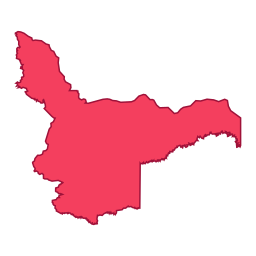 Orellana, Orellana, Ecuador
{"feature_id": "8360857B2632512841058", "entity_name": "Orellana", "entity_type": "district", "adm_level": 2, "iso_a3": "ECU", "parent_name": "Ecuador", "parent_adm1": "Orellana", "projection": "mercator", "projection_center": [-76.797, -0.605], "detail": "fine", "context": "isolated", "style": "filled", "palette": "rose", "viewbox_px": 256, "rotation_deg": 0, "n_neighbors": 0, "source": "geoboundaries", "source_scale": "gbopen_adm2", "svg_char_len": 5766}
<svg xmlns="http://www.w3.org/2000/svg" viewBox="0 0 256 256"><path d="M240.6,117.9L230.7,110.7L228.4,106.3L227.4,100.5L224.7,99.3L218.7,101.6L213.7,99.9L207.0,99.2L200.7,101.0L195.8,100.7L190.6,105.9L183.4,107.4L180.7,109.2L177.7,112.8L174.3,113.5L168.1,107.5L159.7,107.8L156.5,105.0L153.8,100.2L152.6,99.6L150.0,99.6L145.6,94.9L143.5,94.5L138.9,96.1L134.6,100.5L131.4,101.8L120.7,102.3L116.5,100.9L112.6,100.5L109.8,99.3L107.2,98.9L103.0,99.3L88.3,103.3L85.3,103.0L86.2,102.1L85.6,99.9L84.9,99.3L83.5,99.0L81.6,99.9L79.2,98.6L78.6,97.1L78.9,93.8L77.8,92.5L77.9,91.3L77.3,91.4L77.0,90.6L69.4,90.6L70.9,87.7L70.6,84.6L65.5,81.8L64.1,79.2L64.3,76.7L59.5,71.4L58.2,62.7L58.7,57.9L56.1,56.2L53.7,51.4L51.3,50.4L49.5,47.0L49.0,44.8L46.0,44.0L41.5,40.8L35.5,40.1L32.9,40.5L32.1,39.7L31.8,38.0L28.2,36.3L24.1,33.3L20.8,32.0L18.0,31.6L15.4,33.1L15.4,33.9L16.5,33.8L16.8,34.7L16.0,35.7L17.2,36.9L17.5,39.4L18.8,41.3L18.7,44.7L20.1,47.0L19.5,47.6L19.3,47.2L17.7,47.5L16.9,48.5L16.8,49.5L17.5,50.6L16.8,50.9L17.0,52.8L17.5,53.2L16.3,55.0L16.8,56.0L16.5,58.4L19.8,59.6L19.6,60.2L20.4,60.7L20.1,61.2L21.5,64.6L23.0,64.6L22.2,65.9L22.3,67.5L21.0,66.8L20.6,68.4L22.0,68.8L23.7,70.3L22.8,72.8L23.6,74.4L23.7,76.4L22.6,77.2L22.0,77.0L21.5,77.7L21.9,79.3L20.4,80.4L20.7,81.8L20.2,82.3L18.5,82.8L17.5,82.0L16.0,83.2L17.0,83.4L17.6,84.8L16.7,86.1L17.9,85.8L19.4,86.5L18.3,87.6L19.9,87.3L21.5,88.3L23.0,87.3L26.5,88.5L26.7,89.8L27.7,91.0L26.2,91.8L24.7,91.5L25.6,92.2L26.5,94.3L31.8,98.3L33.5,98.6L34.5,99.6L34.9,98.9L35.3,99.8L36.3,99.7L36.5,101.1L37.0,100.5L36.6,100.0L37.2,99.6L38.1,101.1L40.6,102.2L40.9,103.0L42.4,103.0L43.1,102.7L43.0,100.2L43.6,99.7L45.2,104.4L45.5,107.2L44.2,108.5L51.7,116.2L53.9,118.0L55.1,118.1L53.4,121.7L50.9,123.4L51.2,126.6L49.2,129.2L45.5,141.2L46.6,143.6L48.2,144.4L47.4,149.0L45.8,150.6L43.3,151.1L42.5,154.1L40.1,155.3L37.6,155.3L35.0,158.5L34.4,161.0L32.7,162.2L32.6,162.8L33.8,166.6L35.1,168.3L34.9,169.8L34.1,170.9L34.8,171.6L36.4,171.0L37.3,171.5L38.2,172.3L38.3,173.4L39.8,174.4L42.0,173.4L43.4,174.6L43.5,178.3L44.8,178.9L47.7,179.0L48.5,179.9L52.0,181.1L58.3,180.4L62.9,182.5L62.5,183.1L61.6,183.1L60.7,184.5L60.2,184.2L59.0,185.1L58.4,187.1L55.7,188.0L55.6,191.2L56.2,191.8L57.7,192.2L58.5,193.6L60.7,193.6L62.5,194.4L59.1,195.5L58.8,196.7L59.4,197.5L57.4,197.7L56.2,199.6L52.4,200.4L52.3,202.5L53.0,202.9L53.0,204.0L54.0,205.3L55.3,205.8L55.0,208.1L56.5,209.7L56.3,210.9L61.0,213.5L61.4,213.2L62.3,213.9L62.7,213.0L64.4,213.4L64.9,212.8L65.8,213.1L67.1,212.7L67.5,213.4L68.2,212.9L68.3,213.4L69.6,212.9L70.5,213.3L71.3,214.5L72.4,214.1L72.6,214.7L73.4,214.6L73.4,215.4L75.0,216.7L75.8,216.4L75.9,217.3L77.6,217.0L77.7,217.4L78.6,217.2L78.5,217.7L79.7,216.9L79.9,217.4L80.4,217.0L80.4,217.5L81.1,217.1L81.2,217.7L81.8,216.8L83.1,218.2L86.0,218.2L85.8,218.8L87.0,219.0L87.0,220.0L87.7,220.0L87.4,220.3L87.9,220.9L88.3,220.6L88.7,221.6L89.6,221.5L89.2,222.4L90.0,222.4L89.9,223.0L90.2,222.6L91.4,223.6L92.2,223.1L92.1,224.0L93.7,224.4L94.6,223.5L95.0,224.1L96.1,223.3L96.7,223.9L97.3,223.7L97.0,222.0L97.6,220.9L96.9,219.2L97.5,215.3L98.6,215.6L99.7,215.0L102.2,215.4L104.0,213.6L105.8,212.9L105.9,212.1L106.1,212.8L107.0,212.9L107.2,212.0L107.9,212.2L108.0,211.8L108.2,212.7L108.8,212.2L109.2,213.4L109.4,212.9L110.1,213.3L110.2,212.8L110.7,213.4L111.0,212.5L111.5,213.6L112.7,213.2L113.5,213.8L113.8,213.3L113.9,214.0L114.3,213.4L114.2,214.1L115.1,213.9L115.3,214.5L116.4,212.9L116.5,210.6L122.2,209.7L123.4,208.2L125.7,208.1L128.2,206.1L128.8,206.8L131.2,206.5L132.3,207.4L134.2,207.9L134.7,207.5L135.1,208.5L136.0,208.2L136.7,208.8L137.8,208.1L137.9,208.5L138.4,208.0L139.0,208.2L139.3,207.7L139.8,207.9L140.2,163.4L140.6,164.0L142.5,163.1L142.8,163.6L143.4,162.8L143.4,163.4L143.8,163.0L145.1,163.7L146.5,161.8L147.4,162.8L148.2,162.7L148.5,161.8L149.1,162.1L149.6,161.3L151.2,161.7L151.5,161.3L150.8,160.9L151.4,160.3L152.5,160.4L152.7,161.4L153.4,160.7L153.3,161.2L155.2,160.9L156.0,161.8L156.7,161.5L157.3,160.3L158.1,161.2L158.4,160.1L159.9,161.1L159.8,160.4L160.2,160.6L160.4,159.8L161.1,159.8L161.6,159.1L162.6,159.6L162.5,158.9L163.6,159.4L164.0,158.7L164.7,158.5L164.7,158.9L165.1,158.2L165.8,158.3L165.5,158.0L166.4,157.5L166.1,156.2L167.4,155.9L167.0,155.3L167.7,155.4L168.3,153.6L169.3,153.4L168.9,152.8L169.8,152.6L169.8,151.5L172.1,151.9L172.4,150.9L172.9,151.3L173.2,149.9L174.4,150.0L175.2,148.1L177.2,147.4L177.0,146.5L177.6,146.7L178.2,145.9L180.0,145.3L180.8,147.0L181.8,146.1L181.9,147.2L182.6,147.8L183.2,145.7L184.9,145.0L185.2,145.6L184.7,146.1L185.9,147.3L187.5,146.4L187.0,144.9L189.3,144.8L188.9,143.2L189.6,143.5L189.4,144.3L190.1,143.9L190.4,145.3L191.7,144.6L191.0,144.4L192.1,143.1L192.8,143.2L192.5,144.1L193.7,144.7L193.8,143.6L196.3,140.5L197.9,140.6L196.9,139.2L197.8,136.4L199.3,137.7L200.1,136.2L201.8,138.2L203.5,138.7L203.5,137.1L205.3,136.4L204.5,135.8L205.4,134.6L205.7,134.8L205.3,135.8L206.7,135.8L207.4,134.9L209.3,134.8L210.1,132.3L211.1,132.3L211.1,133.4L212.6,134.1L215.2,133.8L215.3,134.6L216.5,134.9L216.5,136.0L218.4,134.9L218.1,134.1L216.8,134.3L216.6,133.5L219.3,133.1L219.7,133.9L220.3,134.0L220.2,133.1L221.6,132.6L221.3,131.6L222.1,131.1L222.9,133.3L223.8,132.7L226.0,133.1L225.5,131.5L226.2,131.7L227.0,132.8L227.6,132.7L226.7,133.7L227.5,134.6L227.6,136.4L228.3,136.2L228.0,135.0L229.0,134.7L229.1,132.4L229.7,132.3L230.5,134.4L229.8,134.4L229.8,135.3L231.6,134.5L232.4,133.5L232.0,134.8L232.8,135.2L232.5,136.4L234.4,135.3L234.2,136.8L235.8,136.7L235.8,138.2L237.1,138.9L237.3,140.0L236.4,140.1L237.1,140.8L235.4,141.5L235.7,142.1L236.6,142.0L236.8,143.6L238.0,143.2L237.1,144.5L236.5,144.0L236.8,147.2L237.5,147.0L237.8,146.1L238.8,146.4L238.1,145.3L239.1,144.7L239.6,145.2L239.3,144.3L240.2,146.5L240.6,145.5L240.6,117.9Z" fill="#f43f5e" stroke="#9f1239" stroke-width="1.5"/></svg>